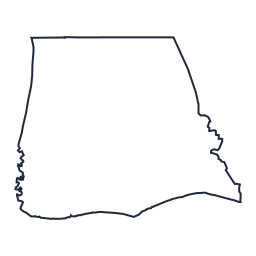 Central Badibu, North Bank, Gambia
{"feature_id": "56634734B73613655778936", "entity_name": "Central Badibu", "entity_type": "district", "adm_level": 2, "iso_a3": "GMB", "parent_name": "Gambia", "parent_adm1": "North Bank", "projection": "orthographic", "projection_center": [-15.935, 13.52], "detail": "fine", "context": "isolated", "style": "outline", "palette": "slate", "viewbox_px": 256, "rotation_deg": 0, "n_neighbors": 0, "source": "geoboundaries", "source_scale": "gbopen_adm2", "svg_char_len": 3071}
<svg xmlns="http://www.w3.org/2000/svg" viewBox="0 0 256 256"><path d="M173.5,37.4L161.3,37.3L158.2,37.3L154.3,37.3L138.1,37.3L137.4,37.3L126.4,37.3L116.8,37.3L90.2,37.4L88.4,37.4L80.0,37.4L72.9,37.3L64.5,37.1L64.5,37.6L64.3,37.5L53.2,37.6L50.7,37.6L33.1,37.8L31.5,37.8L31.6,38.0L33.5,47.0L33.5,50.0L33.5,51.6L32.4,64.8L32.4,65.5L32.2,75.6L31.2,85.6L30.1,91.0L28.3,99.4L28.1,100.7L26.0,113.2L25.6,114.9L25.5,115.2L22.9,126.3L22.1,131.0L21.7,133.2L21.2,134.8L20.7,136.6L18.9,142.8L18.4,145.9L19.8,148.2L18.4,149.9L18.0,150.6L19.6,152.1L21.9,151.3L22.5,152.9L23.7,155.2L23.2,155.6L21.2,157.0L20.5,158.2L22.0,160.0L23.0,160.5L23.2,161.1L23.4,161.5L22.8,162.3L21.1,163.3L21.8,164.9L21.8,165.8L20.6,166.2L20.2,166.0L19.0,164.6L18.4,164.4L18.4,165.1L17.9,165.5L19.7,170.6L22.2,172.2L23.1,173.1L22.5,174.9L23.4,175.7L23.5,176.0L23.8,176.6L23.3,177.5L21.8,177.2L20.6,176.8L20.4,177.2L20.8,178.4L22.2,178.4L23.1,178.8L23.1,179.5L22.0,179.8L19.4,179.5L18.3,178.2L17.6,177.9L16.9,178.6L16.6,182.3L17.1,182.3L18.0,182.3L18.9,183.0L18.5,184.3L17.5,186.2L17.4,186.3L15.9,187.3L15.4,189.1L16.2,189.4L18.4,189.6L20.3,187.5L21.2,188.0L21.4,189.4L19.6,190.8L19.6,191.2L20.5,191.4L21.4,191.9L21.9,193.1L21.6,194.0L20.7,195.1L19.4,195.5L17.5,194.4L17.0,194.4L17.0,195.6L17.7,197.8L18.2,200.3L18.6,200.6L21.2,201.0L22.8,202.0L23.0,202.3L21.2,206.2L20.5,208.5L21.6,210.1L24.1,211.7L26.2,212.7L28.3,214.3L30.6,216.1L31.4,216.4L31.5,216.4L31.9,216.4L32.4,216.4L34.0,216.6L34.9,216.1L36.1,216.6L38.7,217.1L39.3,216.6L40.9,217.8L41.7,217.8L48.3,218.5L49.7,218.7L51.8,218.9L52.5,218.7L52.9,218.7L53.7,218.5L54.4,218.8L59.6,218.8L65.4,218.3L66.6,217.7L67.7,217.2L69.4,217.2L70.0,217.0L70.3,216.6L70.7,215.9L70.8,215.4L71.4,216.1L74.7,216.5L76.0,215.9L77.2,215.9L77.9,215.2L79.5,215.2L80.7,215.2L81.2,214.8L82.5,214.7L84.1,214.1L87.1,213.6L90.8,213.0L91.5,213.0L92.3,212.3L92.7,212.5L94.1,212.7L100.1,211.9L115.4,213.0L123.7,214.0L128.0,215.3L133.6,216.9L138.9,214.7L141.7,211.7L145.6,210.2L146.6,209.4L147.2,208.8L149.3,208.4L151.1,208.1L151.9,206.8L153.3,206.8L153.9,206.3L155.3,205.8L159.3,204.2L163.2,202.5L166.2,201.3L170.6,199.8L172.7,199.0L178.9,197.4L182.6,196.9L186.5,195.3L191.0,194.2L196.7,193.1L202.0,192.9L203.5,192.7L205.0,192.7L206.4,193.1L209.9,194.3L215.4,195.3L220.1,196.6L230.4,199.4L234.1,200.2L239.0,202.0L240.6,202.0L240.3,200.8L240.6,197.4L240.6,193.5L239.2,191.5L239.2,189.0L239.2,187.3L239.9,184.5L236.5,183.8L234.7,183.9L225.7,170.0L226.8,168.6L226.7,167.6L224.3,162.1L221.4,161.4L220.9,160.1L218.4,158.8L218.8,157.5L217.1,154.5L212.7,153.2L211.0,152.8L211.0,151.1L212.3,149.8L214.4,149.3L217.5,150.2L219.6,148.0L220.0,146.3L220.9,144.5L222.2,141.5L222.2,139.4L222.2,138.9L218.7,138.9L218.7,135.0L216.1,135.0L215.7,130.7L214.4,130.2L209.3,131.1L209.3,127.8L207.7,126.7L209.3,121.9L210.4,121.3L208.2,117.0L205.0,115.4L200.6,115.4L198.5,113.2L198.5,104.0L197.9,101.8L196.2,94.0L195.7,92.1L195.3,90.9L193.3,84.9L191.7,80.2L188.3,70.2L188.2,69.6L187.1,67.3L185.1,62.8L184.6,61.8L183.7,59.8L177.3,45.7L176.5,44.0L173.5,37.4Z" fill="none" stroke="#1e293b" stroke-width="2"/></svg>